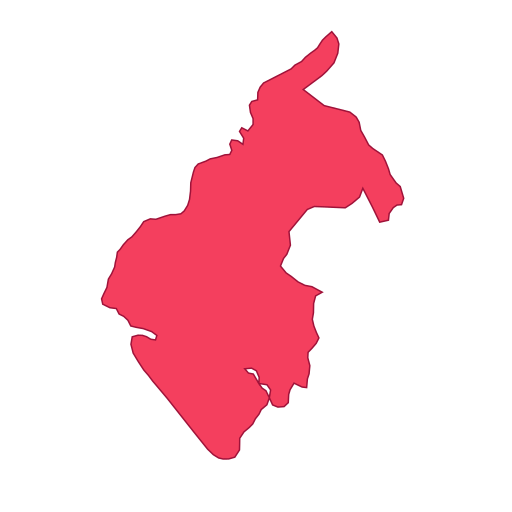 Cedral, Maranhão, Brazil (Equal Earth projection), rotated 157°
{"feature_id": "56859067B34122306289677", "entity_name": "Cedral", "entity_type": "district", "adm_level": 2, "iso_a3": "BRA", "parent_name": "Brazil", "parent_adm1": "Maranhão", "projection": "equal_earth", "projection_center": [-44.6, -1.977], "detail": "fine", "context": "isolated", "style": "filled", "palette": "rose", "viewbox_px": 512, "rotation_deg": 157, "n_neighbors": 0, "source": "geoboundaries", "source_scale": "gbopen_adm2", "svg_char_len": 2520}
<svg xmlns="http://www.w3.org/2000/svg" viewBox="0 0 512 512"><g transform="rotate(157 256 256)"><path d="M287.4,348.9L290.9,341.3L295.1,334.0L299.1,329.3L304.5,325.5L308.7,324.2L313.9,325.5L318.6,327.5L324.2,328.2L329.4,328.6L333.8,328.9L338.8,331.5L345.9,331.5L351.1,328.1L357.2,324.8L362.8,322.1L367.7,321.0L373.7,318.2L378.5,315.2L382.1,313.7L384.8,309.2L388.0,305.0L390.4,301.1L395.9,296.0L400.9,292.4L405.5,285.3L410.7,280.8L414.9,276.9L415.9,271.5L410.7,265.5L405.1,262.2L404.7,256.1L401.3,252.1L399.0,246.9L398.6,240.5L394.2,237.2L388.1,233.2L381.6,227.2L378.3,221.6L381.3,218.0L385.4,220.5L388.3,224.5L391.5,227.3L395.6,229.2L401.5,230.0L405.6,223.6L407.0,214.6L405.6,204.8L403.8,194.8L401.7,188.3L399.9,181.0L397.9,174.6L393.3,159.6L381.9,118.0L376.0,97.1L372.9,89.8L369.3,84.7L365.6,82.0L360.5,79.9L354.1,79.1L347.0,83.9L344.9,88.5L342.2,94.6L335.8,98.8L329.2,100.8L324.6,102.7L320.2,106.4L315.1,109.2L311.2,112.6L304.1,114.8L299.1,120.3L298.9,112.4L294.9,108.4L289.0,106.4L283.6,108.4L280.0,115.8L276.9,119.6L270.7,124.1L264.8,117.4L260.8,115.1L256.7,122.8L253.2,126.8L249.3,134.0L248.1,142.1L245.7,147.0L240.5,149.2L234.7,152.1L230.1,156.0L230.3,161.9L230.1,168.9L228.9,175.7L225.3,181.3L221.5,189.8L216.7,196.0L209.2,196.8L212.7,201.1L216.5,205.9L222.5,209.9L227.4,215.7L231.3,223.0L234.9,228.7L237.4,237.2L231.6,243.0L227.0,245.5L220.1,252.5L218.1,259.1L216.1,265.6L190.6,278.8L183.0,278.8L173.4,274.3L155.0,265.5L147.1,266.9L137.7,269.8L131.2,276.6L129.7,255.7L128.9,238.8L120.1,237.2L116.8,243.1L110.7,246.9L106.3,247.8L102.0,246.4L97.5,251.4L96.1,263.6L98.5,268.5L100.7,278.6L100.0,284.4L99.8,292.6L100.2,299.6L106.5,309.3L108.9,314.2L109.6,323.0L110.5,330.7L108.8,338.8L109.5,344.7L113.4,351.8L134.5,367.8L147.5,390.8L124.9,396.3L118.8,398.5L108.8,403.3L101.5,410.7L96.9,418.8L96.3,425.0L98.6,432.9L105.7,430.6L110.5,428.7L114.3,426.2L118.0,423.6L121.8,422.4L125.7,421.6L132.9,419.6L138.1,417.2L145.6,416.5L150.6,414.5L157.5,414.0L181.4,412.3L186.2,409.8L190.3,405.9L193.5,399.1L199.5,399.9L203.1,397.4L205.0,390.3L205.0,383.6L207.3,378.2L214.6,374.3L219.0,379.6L222.5,377.1L221.3,369.2L224.4,363.9L227.8,369.2L233.0,372.3L236.4,369.2L237.0,362.7L240.5,359.7L245.2,361.3L253.3,361.9L260.2,363.3L265.0,362.9L273.2,363.3L277.6,361.3L280.8,357.7L287.4,348.9ZM303.2,137.6L304.6,148.4L308.7,151.2L310.4,156.6L303.9,154.5L300.5,150.2L300.5,143.0L303.2,137.6ZM299.1,120.3L299.5,128.1L302.0,132.0L303.2,137.6L296.2,133.2L294.9,127.0L299.1,120.3Z" fill="#f43f5e" stroke="#9f1239" stroke-width="1.5"/></g></svg>